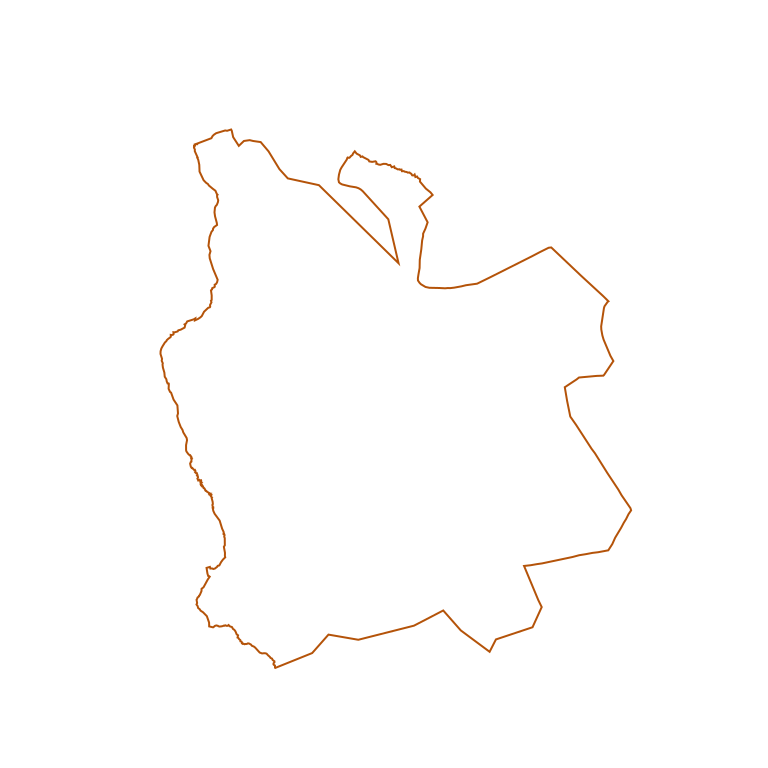 the district of Leikanger nor, Sogn og Fjordane, Norway, rotated 75°
{"feature_id": "86288312B45194793520857", "entity_name": "Leikanger nor", "entity_type": "district", "adm_level": 2, "iso_a3": "NOR", "parent_name": "Norway", "parent_adm1": "Sogn og Fjordane", "projection": "orthographic", "projection_center": [6.794, 61.244], "detail": "fine", "context": "isolated", "style": "outline", "palette": "amber", "viewbox_px": 768, "rotation_deg": 75, "n_neighbors": 0, "source": "geoboundaries", "source_scale": "gbopen_adm2", "svg_char_len": 6147}
<svg xmlns="http://www.w3.org/2000/svg" viewBox="0 0 768 768"><g transform="rotate(75 384 384)"><path d="M214.0,288.1L210.9,289.5L206.1,293.0L197.8,296.9L195.5,296.1L193.8,297.9L192.1,298.4L192.2,300.1L189.6,300.2L190.1,301.0L190.1,301.9L189.7,302.8L188.0,303.2L187.2,304.1L186.3,304.6L186.0,306.3L185.1,307.2L184.3,309.0L183.5,309.8L183.1,311.6L181.4,311.6L181.2,313.1L180.6,313.4L180.3,315.1L178.6,316.9L178.2,317.8L176.5,317.8L176.6,320.4L174.0,321.3L173.7,323.1L172.0,324.9L171.2,327.5L171.3,330.9L170.5,332.6L169.7,333.5L169.3,334.4L168.4,334.0L167.6,334.0L166.7,334.5L166.4,337.9L165.2,340.6L163.5,341.0L159.4,345.5L158.6,345.9L158.6,347.7L156.9,348.1L154.4,350.8L151.7,352.0L153.3,354.2L154.6,355.2L155.2,356.8L156.4,358.6L156.5,359.3L155.8,360.5L156.0,360.8L157.6,361.9L163.8,368.9L165.8,370.8L170.1,373.3L174.4,375.1L177.5,375.3L179.0,374.3L180.4,372.8L184.2,365.9L186.8,360.1L188.3,357.9L190.1,356.1L192.3,354.6L226.0,337.2L271.1,338.7L175.1,395.4L160.5,423.7L149.4,429.4L129.4,435.3L118.4,440.5L115.4,447.5L113.7,450.6L113.0,456.4L116.4,462.6L106.5,465.8L99.9,465.5L98.6,465.8L98.8,470.0L98.0,471.8L98.3,481.2L99.2,483.8L100.2,485.5L101.9,487.1L103.4,502.1L103.7,502.0L104.0,502.3L103.7,502.8L103.4,502.2L103.5,503.3L103.5,503.7L104.5,504.6L102.7,504.6L104.4,504.9L104.5,505.0L104.4,505.5L104.5,505.8L106.6,506.4L108.5,506.0L110.1,506.5L117.0,505.4L117.1,505.8L119.3,505.4L124.5,505.7L131.1,507.2L140.5,505.5L143.7,503.7L145.3,502.3L146.9,501.8L150.9,499.0L153.7,496.8L157.2,496.3L158.1,495.8L158.5,496.4L160.2,496.8L163.6,496.6L165.4,497.4L167.7,499.1L168.5,500.4L169.8,501.6L174.3,503.3L178.3,503.8L185.1,503.8L187.2,504.1L188.4,507.4L189.7,508.9L191.0,509.4L192.4,511.3L196.8,514.4L205.1,517.8L210.8,517.2L214.1,519.2L217.5,519.8L228.7,519.3L240.3,517.7L242.5,518.9L243.8,520.2L244.3,521.9L246.0,522.2L246.5,522.6L247.0,525.2L248.1,525.6L248.8,526.9L253.8,527.5L258.2,528.7L258.8,529.6L260.4,529.5L262.7,531.6L264.4,531.9L264.8,532.3L264.9,534.1L267.6,539.1L271.2,542.4L272.1,544.1L273.0,546.7L273.6,550.1L271.8,549.3L272.3,551.0L272.6,557.9L274.3,559.5L274.8,561.2L275.7,560.8L277.9,562.0L278.9,566.3L278.9,568.8L279.8,569.7L279.9,573.1L279.5,574.0L281.3,574.3L281.7,574.8L281.8,576.5L281.4,577.3L283.1,577.7L283.5,578.1L284.5,580.7L285.4,582.4L286.3,583.2L287.2,584.9L290.3,588.2L292.1,589.9L294.5,591.3L297.1,592.1L302.3,591.9L304.0,592.7L306.7,592.3L307.9,592.9L310.9,593.3L316.1,593.2L320.2,593.9L323.1,593.0L325.3,593.2L327.4,592.9L327.4,592.6L327.7,591.9L328.2,591.8L332.9,593.3L336.3,592.7L337.2,591.9L344.6,591.3L351.2,589.1L359.1,590.6L361.4,592.0L367.4,592.1L372.9,591.5L376.3,590.5L378.8,590.4L385.1,588.6L387.3,588.8L391.8,591.0L396.7,592.3L398.0,592.3L400.9,591.2L402.8,590.0L402.7,589.6L404.7,588.9L405.3,588.9L405.5,589.4L406.3,589.0L406.4,589.4L406.8,589.3L407.8,589.8L408.9,590.0L409.3,590.3L409.4,590.9L410.8,591.9L413.9,592.0L415.4,591.5L415.4,590.9L416.6,590.4L417.8,589.5L418.4,589.5L418.7,589.1L418.5,588.8L420.0,588.5L420.0,588.2L420.5,589.2L421.7,588.5L421.7,587.9L423.7,587.7L424.1,588.3L425.1,587.7L426.3,587.9L427.0,588.7L429.1,588.4L428.8,587.3L429.4,587.1L429.5,586.3L429.9,586.2L429.8,585.6L430.0,585.6L431.1,585.8L431.3,587.5L431.5,586.9L432.0,586.8L432.2,586.2L432.5,586.7L433.4,587.1L434.3,587.0L434.2,586.1L435.2,586.2L435.1,585.7L435.7,585.5L436.2,585.7L436.4,585.3L437.9,585.2L438.1,584.6L440.0,584.0L440.5,584.2L441.2,583.8L441.4,583.2L442.2,582.9L444.0,581.1L444.4,581.3L444.7,580.6L444.8,580.9L445.7,580.6L445.8,580.4L445.9,580.7L446.1,580.4L446.6,580.6L447.4,580.3L447.3,579.9L447.7,580.1L448.9,579.7L448.9,579.9L449.8,580.0L453.4,580.0L455.7,580.4L456.4,581.1L458.5,581.2L458.8,580.8L459.7,581.0L459.9,581.3L459.8,581.6L462.5,581.7L465.5,581.2L473.4,578.1L481.9,577.8L485.3,577.2L486.9,577.5L487.3,577.9L487.5,577.8L487.4,577.2L488.7,577.1L490.2,577.9L491.6,577.7L498.6,579.5L499.8,580.8L505.9,581.3L509.0,582.2L510.3,582.2L511.9,585.0L513.9,587.5L516.6,590.0L516.6,591.7L517.4,592.5L518.5,595.1L518.5,596.8L517.7,597.7L517.3,599.5L515.6,599.5L515.7,603.0L521.4,603.6L523.9,603.5L524.2,602.8L525.0,602.2L527.2,604.8L533.6,610.9L534.6,613.2L536.8,613.9L540.1,616.5L540.7,617.5L541.3,617.7L542.0,619.4L542.9,619.9L543.9,620.9L547.2,621.2L548.5,622.2L550.2,621.5L552.3,621.5L553.7,620.4L555.5,619.8L557.6,617.9L562.4,615.2L569.2,614.7L572.9,615.6L574.8,612.1L574.6,611.4L573.9,610.0L573.8,608.5L574.6,607.0L575.1,606.7L575.7,605.7L576.0,603.9L576.1,602.3L575.9,601.4L576.2,600.8L576.0,600.2L576.1,599.5L576.7,599.0L577.1,597.5L576.6,596.5L578.1,595.7L579.5,593.7L581.4,593.3L582.7,592.2L584.5,591.5L587.7,591.1L589.0,590.0L591.0,591.1L591.6,590.4L593.1,589.9L594.1,589.1L595.4,589.3L596.0,588.3L596.9,588.1L597.7,588.4L597.9,588.2L598.0,587.6L598.6,587.5L598.7,586.7L599.3,586.0L599.2,585.3L599.5,584.6L599.5,583.8L599.5,583.2L599.3,582.6L599.7,581.6L601.3,579.9L602.6,579.4L603.9,577.7L605.2,576.7L611.2,573.6L612.7,571.5L613.0,569.5L613.5,568.1L614.1,567.2L616.1,566.2L618.0,564.9L619.2,564.5L620.3,563.2L621.7,563.0L623.5,561.6L624.5,561.9L625.0,562.8L625.9,563.3L626.6,563.2L627.7,562.2L629.8,562.7L630.1,562.5L625.3,523.0L611.7,502.5L624.4,475.0L625.2,417.6L618.1,385.4L641.9,373.6L670.0,351.3L659.7,342.0L657.4,303.5L640.3,289.4L632.6,290.9L596.0,295.8L597.0,289.3L597.6,282.7L598.2,277.8L599.9,246.6L599.9,239.8L600.6,233.1L601.1,226.3L601.9,220.8L602.7,210.4L597.7,204.9L592.3,200.5L584.2,192.1L580.1,188.3L577.1,185.1L573.0,181.5L570.0,178.0L567.7,178.1L553.0,183.3L546.6,185.0L527.8,191.3L505.4,198.2L500.2,200.3L473.3,209.0L463.7,212.5L447.7,211.5L433.9,210.2L429.4,196.7L428.2,194.0L431.2,176.6L432.7,170.0L432.2,169.1L421.2,156.5L415.4,158.0L397.9,160.4L393.5,160.5L387.6,160.0L384.5,159.3L367.6,151.9L366.0,150.9L362.6,146.8L362.2,145.8L355.9,149.5L330.3,165.7L295.4,187.1L295.0,189.7L297.0,199.5L298.8,207.5L308.4,253.8L311.2,268.1L309.8,279.3L309.7,284.0L309.1,291.3L308.5,295.3L307.8,297.6L307.4,300.1L305.5,306.0L302.8,315.3L301.0,318.8L297.2,322.5L295.4,323.5L292.8,324.4L290.6,323.9L287.4,322.5L281.2,319.6L273.3,317.3L263.5,313.1L255.2,310.0L251.4,308.0L248.9,307.3L244.7,303.8L239.1,300.0L221.8,303.9L214.0,288.1Z" fill="none" stroke="#b45309" stroke-width="2"/></g></svg>